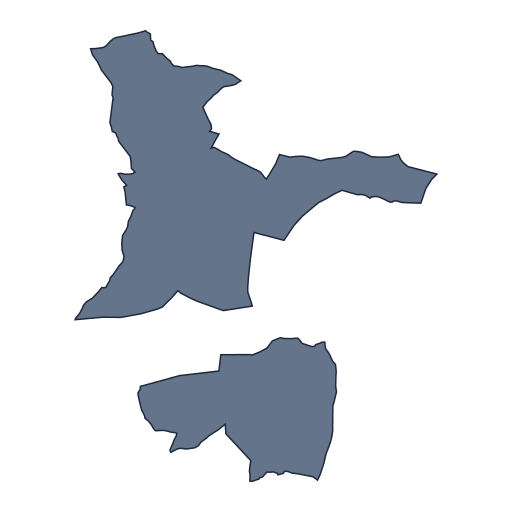 outline of Njaba, Imo, Nigeria
{"feature_id": "59680162B71691370147242", "entity_name": "Njaba", "entity_type": "district", "adm_level": 2, "iso_a3": "NGA", "parent_name": "Nigeria", "parent_adm1": "Imo", "projection": "orthographic", "projection_center": [7.004, 5.713], "detail": "fine", "context": "isolated", "style": "filled", "palette": "slate", "viewbox_px": 512, "rotation_deg": 0, "n_neighbors": 0, "source": "geoboundaries", "source_scale": "gbopen_adm2", "svg_char_len": 4143}
<svg xmlns="http://www.w3.org/2000/svg" viewBox="0 0 512 512"><path d="M223.4,310.6L252.3,306.1L251.3,302.6L247.8,292.2L247.7,287.3L248.5,276.8L250.5,258.0L254.0,232.5L284.0,240.3L294.0,225.4L302.3,216.2L318.6,202.6L325.8,198.9L334.6,193.8L342.0,190.3L357.4,194.7L361.5,194.5L365.4,195.3L370.0,198.2L371.4,197.0L375.0,196.5L378.0,196.7L382.0,198.2L389.5,202.0L392.2,202.1L393.9,200.9L396.7,201.0L402.2,202.5L409.5,202.8L420.8,203.2L425.8,188.6L431.5,179.6L436.9,174.1L407.9,166.6L402.7,162.2L400.6,159.3L398.3,154.3L389.3,156.9L380.0,157.2L371.1,156.7L368.8,155.4L362.0,152.3L357.3,151.5L353.9,151.2L352.0,152.2L345.7,156.5L341.8,157.4L332.7,158.4L327.1,159.1L321.3,160.6L318.3,160.3L314.3,158.9L310.5,157.7L302.6,156.2L296.0,156.4L289.7,157.1L279.5,154.5L275.7,163.8L270.9,171.9L267.2,177.8L266.4,179.1L264.3,177.2L263.2,175.6L262.9,175.3L262.4,174.5L261.1,172.8L259.8,171.7L257.9,170.7L252.7,168.3L241.7,162.7L235.0,159.4L231.6,157.3L228.5,154.8L224.7,153.0L221.3,151.6L218.0,149.4L213.9,147.3L211.1,148.2L211.6,147.2L214.8,141.3L219.0,134.0L209.6,131.3L211.5,128.8L211.0,124.4L208.3,119.3L206.5,115.5L202.9,107.3L207.1,101.6L211.1,98.1L213.6,95.1L217.4,92.5L221.5,88.2L224.2,86.6L230.7,85.6L235.5,84.4L237.5,82.9L240.8,80.8L232.1,74.7L227.9,73.5L220.6,70.2L213.5,68.5L206.5,66.0L196.4,65.4L191.3,66.4L185.6,67.0L182.2,67.5L177.5,66.2L174.0,66.1L171.3,63.3L170.3,61.1L166.3,57.8L162.3,53.6L158.3,53.7L156.2,51.1L153.9,45.4L153.0,41.6L150.8,40.4L150.5,37.6L150.4,34.0L146.4,31.7L145.6,30.7L143.7,31.4L140.4,32.3L136.3,33.4L132.4,34.1L125.9,35.6L122.0,36.4L116.7,37.4L113.7,38.5L110.6,41.0L106.3,45.7L103.0,47.6L95.3,48.6L90.6,48.7L92.4,54.5L94.2,57.2L97.4,61.6L99.0,64.8L101.6,70.3L111.1,82.7L112.8,86.7L112.0,94.8L113.1,97.6L109.9,122.6L111.1,126.1L112.3,131.5L115.7,133.0L116.8,136.0L118.1,138.1L118.6,141.2L130.2,156.4L131.0,161.7L131.4,168.4L135.0,172.1L132.6,173.6L130.0,174.1L125.2,174.2L120.4,173.3L118.1,173.8L121.7,179.9L126.7,185.4L123.8,186.9L125.1,192.2L126.4,204.9L130.7,205.7L135.0,207.4L134.6,208.8L133.0,210.4L130.7,216.8L128.4,221.2L127.5,227.1L126.2,229.7L122.6,235.5L121.8,242.6L122.1,250.0L124.0,256.5L123.0,261.6L119.1,265.9L113.5,274.2L110.3,277.7L109.7,280.6L105.7,287.5L103.0,287.8L101.9,287.4L98.7,291.5L92.5,298.0L86.2,302.0L83.4,305.5L82.3,308.3L79.6,313.5L75.7,318.0L75.1,319.7L96.2,317.8L102.6,317.2L121.0,317.4L141.2,313.7L157.7,309.0L162.5,306.9L166.7,302.6L171.9,297.5L177.9,290.7L181.0,293.3L185.2,295.4L189.8,297.9L196.6,301.0L223.4,310.6ZM317.5,480.1L320.2,474.4L323.9,463.2L326.1,453.6L327.9,449.1L330.1,443.2L331.6,437.7L332.3,433.7L332.7,431.0L332.7,429.9L332.7,427.6L332.6,425.5L332.8,420.1L332.7,414.2L332.9,410.8L332.8,408.6L332.9,405.9L334.4,400.6L335.8,394.6L336.5,392.1L335.7,386.3L335.8,381.5L335.9,377.1L336.2,371.1L335.5,364.4L332.8,361.5L329.6,354.5L327.9,351.8L326.0,349.3L325.4,347.5L325.0,345.8L325.0,343.8L324.7,342.0L322.9,342.2L321.6,342.2L320.3,343.0L318.8,343.6L317.5,344.0L315.5,344.7L315.1,345.8L313.8,346.6L311.1,346.4L302.0,343.3L300.0,340.5L298.2,338.5L297.3,338.1L291.7,338.6L284.4,338.5L280.3,337.7L272.4,340.9L266.9,348.1L260.1,351.8L252.3,355.0L250.3,354.6L220.8,354.7L218.9,371.0L179.6,375.6L140.3,386.4L140.3,388.9L137.9,393.1L138.4,396.4L139.5,401.6L141.6,409.9L144.6,415.8L145.0,418.3L148.3,421.0L151.5,424.9L153.3,428.3L155.4,430.7L157.1,430.7L159.9,430.5L162.7,430.4L164.0,430.4L165.0,430.7L167.3,431.1L171.2,432.2L175.4,432.7L176.8,433.3L176.3,435.7L175.3,437.7L174.2,439.7L172.3,444.7L171.0,447.7L170.1,449.6L170.1,451.1L170.9,452.3L174.9,450.2L178.1,448.7L180.4,448.4L183.2,448.6L185.7,449.0L190.2,448.5L194.7,447.8L198.0,446.1L199.3,444.5L201.0,442.1L205.0,439.2L207.1,437.6L208.8,435.9L210.8,434.6L214.3,432.3L218.2,429.8L225.2,424.2L225.9,433.8L250.8,460.6L249.8,466.9L249.4,471.4L250.0,474.3L249.9,481.2L252.4,481.3L254.1,480.7L256.5,479.8L259.0,479.0L259.8,477.7L262.1,477.1L262.9,476.6L264.6,474.6L266.4,472.7L267.1,472.0L269.7,472.2L273.6,471.9L274.9,472.5L277.1,473.1L278.0,474.9L279.9,474.2L283.0,473.6L284.3,471.9L285.3,471.0L288.4,471.7L292.1,473.1L298.0,473.8L311.6,476.5L313.1,476.8L317.5,480.1Z" fill="#64748b" stroke="#1e293b" stroke-width="1.5"/></svg>